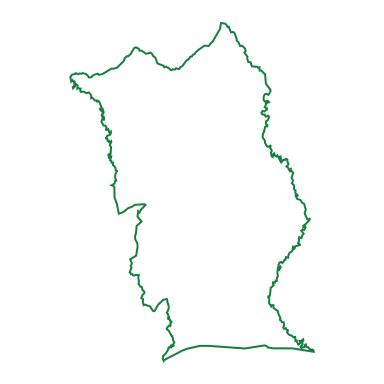 Mbanza-Ngungu, Bas-Congo, Democratic Republic of the Congo (Equal Earth projection)
{"feature_id": "63176286B82592558575614", "entity_name": "Mbanza-Ngungu", "entity_type": "district", "adm_level": 2, "iso_a3": "COD", "parent_name": "Democratic Republic of the Congo", "parent_adm1": "Bas-Congo", "projection": "equal_earth", "projection_center": [14.766, -5.339], "detail": "fine", "context": "isolated", "style": "outline", "palette": "green", "viewbox_px": 384, "rotation_deg": 0, "n_neighbors": 0, "source": "geoboundaries", "source_scale": "gbopen_adm2", "svg_char_len": 5957}
<svg xmlns="http://www.w3.org/2000/svg" viewBox="0 0 384 384"><path d="M130.9,274.2L132.1,274.1L133.2,275.4L134.2,275.6L135.6,274.9L138.9,275.1L138.2,277.1L139.0,281.8L138.5,283.8L140.3,286.6L141.7,286.9L142.6,290.1L144.2,291.5L144.4,292.8L144.0,293.6L142.2,295.3L142.2,296.4L141.3,297.5L141.5,298.3L143.1,299.1L142.8,301.9L143.6,305.1L145.0,304.6L150.0,306.4L153.0,310.9L154.1,311.2L155.0,310.4L158.2,304.6L163.4,299.7L166.8,299.1L167.4,300.7L167.4,302.7L168.1,303.7L168.8,307.2L168.6,309.0L166.8,312.8L167.8,313.7L168.6,317.0L168.0,318.1L168.3,319.1L168.9,319.1L169.4,318.2L170.3,321.5L171.3,321.4L171.5,322.2L170.5,323.5L170.6,325.5L170.2,326.1L169.1,325.5L167.4,327.2L166.7,329.0L169.0,331.1L171.8,336.3L172.4,336.3L173.3,340.8L174.3,342.3L173.2,344.3L173.7,345.6L172.8,346.3L172.0,345.4L171.3,346.8L170.7,346.0L169.8,347.6L168.7,347.4L168.0,349.9L165.6,353.7L163.1,356.1L162.7,358.2L163.7,361.0L165.3,359.4L182.6,350.5L186.6,348.9L199.8,345.9L209.3,345.9L244.9,348.5L264.5,345.4L266.7,346.1L267.8,347.4L272.9,348.3L292.6,348.4L313.7,351.8L313.5,350.3L312.7,349.7L309.9,349.3L308.1,347.2L306.5,346.9L305.9,344.4L305.1,344.8L304.4,347.0L301.3,347.9L300.7,346.8L302.5,344.5L302.4,341.8L303.4,340.2L303.2,339.3L301.3,340.9L299.6,340.9L300.4,342.9L298.5,344.6L298.0,344.3L296.7,340.6L295.5,341.0L295.1,336.9L293.5,337.3L291.5,335.4L289.5,335.1L287.1,332.5L287.3,331.3L287.9,330.9L287.7,330.0L286.6,329.9L285.8,328.2L283.8,328.7L283.3,327.5L284.1,325.1L283.7,322.3L281.8,322.0L281.1,320.5L280.3,320.3L279.9,319.4L280.5,318.2L278.4,313.8L277.9,311.1L273.5,307.9L273.5,305.2L271.9,305.1L271.2,306.4L269.1,303.2L269.3,298.9L268.1,297.2L268.4,296.3L269.4,296.5L269.9,295.6L270.7,287.8L273.7,285.3L272.8,283.7L273.0,282.3L274.9,282.7L275.5,280.8L276.7,280.9L277.0,277.7L277.8,276.5L277.4,272.0L277.8,268.7L279.2,269.9L280.7,267.4L280.3,266.5L279.4,267.3L278.5,267.1L278.5,264.8L279.5,262.5L281.4,262.0L282.2,263.0L283.7,261.6L284.4,259.8L285.4,259.8L286.0,257.1L288.2,257.7L288.4,255.2L289.7,252.6L291.3,251.9L292.4,250.5L293.0,246.7L293.8,247.2L294.0,248.9L294.5,248.7L295.3,246.3L300.0,245.0L299.8,244.3L298.0,243.1L299.3,240.6L298.6,238.9L299.2,237.2L301.5,238.1L302.2,235.4L303.7,233.7L301.3,230.7L302.6,229.5L304.1,230.0L305.5,227.5L305.2,226.7L303.4,227.2L303.3,225.7L305.2,224.5L309.8,219.6L309.6,218.8L308.0,219.4L307.2,219.0L305.0,214.2L304.7,212.8L305.8,209.7L304.1,203.8L302.3,202.9L300.3,199.9L297.3,199.0L295.8,196.1L297.4,196.1L297.7,195.3L296.7,194.2L295.7,194.0L295.3,192.6L295.6,190.4L294.5,189.8L293.8,188.4L294.2,187.2L293.9,185.1L292.0,183.4L293.0,180.3L291.5,177.6L293.2,172.9L291.7,171.3L290.8,168.8L290.3,169.2L290.3,172.0L287.8,167.4L286.5,166.5L288.2,164.8L288.5,163.7L287.5,161.9L287.3,159.4L286.1,158.8L285.0,160.0L283.8,159.6L282.1,161.4L281.4,160.0L280.9,162.0L279.1,158.7L279.5,158.1L280.7,158.1L280.7,156.5L278.2,156.9L277.3,155.4L276.4,156.5L274.9,155.5L274.2,153.3L273.2,154.2L272.7,157.0L271.7,156.4L270.9,152.8L271.8,150.7L270.2,148.0L270.6,146.1L270.3,145.7L268.3,146.8L267.3,146.6L265.0,143.0L264.8,140.6L262.6,137.4L263.0,133.4L263.9,132.1L265.1,127.0L265.5,126.4L267.2,126.4L267.5,125.2L266.1,124.1L265.8,122.7L266.1,121.3L268.0,119.9L269.0,117.3L268.4,115.8L265.7,116.6L264.6,114.5L262.7,114.6L261.8,113.7L261.5,112.6L262.5,111.0L264.2,111.5L267.1,109.4L266.8,108.2L264.8,107.3L265.8,105.0L265.9,102.7L267.3,102.9L269.0,102.1L267.8,100.8L264.7,101.4L263.8,100.2L263.5,98.7L263.8,96.3L264.7,94.4L266.0,93.8L268.5,94.8L270.6,91.1L270.3,89.6L265.9,83.7L265.1,74.4L261.3,70.5L259.6,70.6L259.5,67.3L258.2,67.8L257.5,66.8L251.9,66.4L250.5,62.1L248.4,62.1L247.2,58.9L247.5,56.8L244.4,52.7L245.7,51.0L245.0,48.5L242.1,45.7L240.2,46.1L238.3,42.0L236.7,40.7L236.6,38.8L234.6,33.3L233.5,32.1L230.9,32.3L228.7,26.6L227.5,27.1L226.2,24.4L224.9,23.6L221.0,23.0L220.1,28.7L212.8,41.4L210.3,43.6L209.4,45.2L208.4,46.0L204.6,45.6L198.8,49.6L195.6,52.4L194.6,54.1L192.8,54.8L191.8,56.6L190.2,56.7L189.3,58.5L186.2,60.9L182.5,65.9L180.4,67.2L179.0,69.1L176.0,68.3L174.8,69.6L172.7,69.3L171.7,70.2L170.8,70.1L169.7,68.8L166.0,66.7L164.3,67.3L163.5,65.7L157.8,63.6L156.8,62.3L156.4,60.2L155.1,57.4L153.0,55.9L152.3,54.2L150.7,52.7L146.1,53.8L141.7,50.7L139.5,50.7L138.8,48.7L135.9,47.3L134.2,48.1L130.5,54.2L128.1,56.3L127.2,56.1L125.0,57.8L123.8,61.0L116.8,67.9L113.0,68.8L111.6,68.5L102.2,74.2L98.8,74.8L97.7,73.7L94.5,74.6L92.4,75.9L91.5,77.2L89.0,77.5L87.5,75.4L85.4,73.8L82.6,73.1L81.8,73.8L79.4,73.5L78.3,74.1L75.4,73.2L74.9,74.0L72.0,74.7L70.3,77.0L71.3,81.5L72.4,80.2L72.9,81.1L74.4,81.3L74.6,81.9L73.9,82.6L74.7,84.1L73.9,86.4L72.8,87.2L73.1,88.3L74.8,86.6L75.8,84.1L77.6,85.5L77.4,88.5L78.3,87.8L79.3,88.7L80.6,88.6L80.3,91.1L80.7,91.9L83.9,91.6L86.0,93.1L89.0,92.5L91.2,95.3L91.2,98.2L92.4,97.8L94.8,100.4L96.2,100.6L97.0,101.5L97.4,100.6L99.1,101.5L101.5,107.2L101.6,108.6L100.2,108.7L100.0,109.4L102.3,111.8L103.0,110.1L103.6,112.0L103.5,112.9L102.8,113.0L102.7,114.5L101.8,114.6L101.8,115.7L102.3,116.1L102.5,117.8L103.7,116.9L104.2,118.7L103.8,119.8L102.2,119.5L101.4,121.7L103.5,125.6L105.3,125.5L106.6,127.6L105.9,129.6L106.4,130.0L108.3,129.2L109.4,132.7L110.0,132.9L110.9,131.6L111.1,132.5L110.1,134.8L107.3,135.7L105.9,138.0L106.0,138.5L107.3,138.5L107.6,140.8L108.9,140.7L109.1,142.3L109.7,142.7L111.1,141.2L111.3,141.8L109.8,145.1L111.1,147.3L110.4,156.1L109.4,156.0L108.9,154.3L108.4,154.7L108.9,157.8L109.9,158.2L110.9,157.5L110.1,160.4L111.3,160.8L111.5,162.6L112.9,162.6L113.0,165.1L114.5,166.4L115.5,168.3L115.7,170.3L117.0,171.0L115.2,174.8L115.2,177.7L116.2,180.6L115.2,180.6L114.5,183.6L111.6,185.3L113.5,186.0L114.4,187.3L114.5,197.3L117.0,204.4L118.8,213.7L123.5,212.0L128.1,208.2L132.3,206.6L134.7,204.9L144.3,204.2L145.5,205.0L141.2,209.4L139.5,212.6L138.1,211.3L137.5,216.7L141.6,221.5L136.6,226.0L136.1,232.3L135.0,236.8L135.4,239.7L137.3,243.1L137.6,247.0L136.1,255.7L130.1,259.4L131.9,263.3L130.9,265.9L131.5,267.6L129.7,272.3L130.4,272.6L130.9,274.2Z" fill="none" stroke="#15803d" stroke-width="2"/></svg>